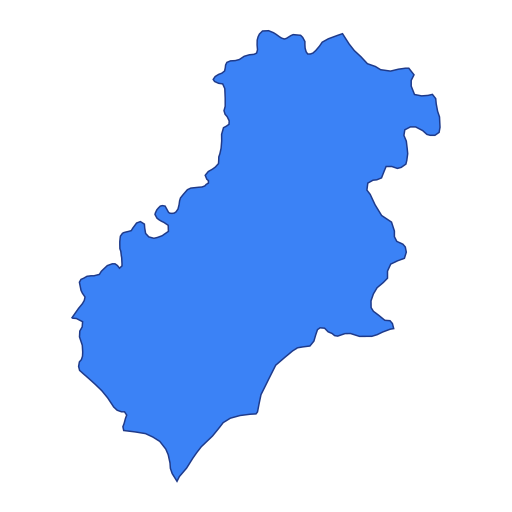 Lyakhavichy, Brest, Belarus
{"feature_id": "67162791B80813457147779", "entity_name": "Lyakhavichy", "entity_type": "district", "adm_level": 2, "iso_a3": "BLR", "parent_name": "Belarus", "parent_adm1": "Brest", "projection": "albers", "projection_center": [26.164, 52.904], "detail": "fine", "context": "isolated", "style": "filled", "palette": "blue", "viewbox_px": 512, "rotation_deg": 0, "n_neighbors": 0, "source": "geoboundaries", "source_scale": "gbopen_adm2", "svg_char_len": 3645}
<svg xmlns="http://www.w3.org/2000/svg" viewBox="0 0 512 512"><path d="M393.7,328.6L392.4,323.5L390.0,320.7L384.8,320.3L379.1,315.6L373.4,311.3L371.1,307.6L371.0,300.9L373.4,293.9L377.1,287.7L383.3,282.5L387.5,278.2L387.5,271.1L390.7,264.1L397.8,260.7L404.4,258.3L406.3,252.2L405.3,247.0L402.9,244.2L396.8,241.4L394.4,236.7L394.4,231.0L391.5,222.1L381.6,215.5L375.0,204.7L370.2,194.4L366.9,190.1L367.8,183.1L373.0,180.2L376.8,179.8L381.5,177.9L384.3,170.8L386.1,166.5L391.8,166.5L397.4,168.4L401.2,167.4L405.9,164.1L406.8,160.3L407.7,153.7L407.2,148.6L406.3,141.1L403.9,135.4L404.8,129.8L410.4,126.9L415.6,126.9L422.7,130.6L426.9,134.4L430.2,135.3L434.9,135.3L439.1,132.4L440.0,127.3L439.5,116.9L437.6,111.3L436.2,103.8L435.7,98.6L432.4,94.4L428.1,95.4L421.6,95.9L414.5,94.5L411.2,86.1L411.2,80.4L414.0,74.8L408.8,68.2L406.4,68.2L405.5,68.2L398.4,69.2L390.5,71.1L380.6,69.7L375.4,66.5L367.4,63.7L360.9,56.7L354.3,50.6L349.1,44.0L342.5,33.7L337.5,35.4L328.3,38.8L322.2,42.2L319.6,46.0L315.8,50.5L312.9,53.1L310.3,54.0L307.7,54.0L306.1,51.7L305.1,48.1L304.9,44.6L304.9,41.5L302.7,37.4L300.6,35.3L293.2,34.6L290.9,35.6L286.4,38.4L284.3,39.0L281.6,38.1L279.5,36.8L276.2,34.4L273.5,32.7L268.6,30.7L262.5,31.0L259.4,34.1L258.1,36.8L257.2,40.1L257.1,45.0L257.5,49.8L256.6,53.1L254.1,54.3L249.3,54.8L244.2,56.3L239.4,59.5L235.3,60.6L230.4,60.9L226.9,62.4L225.6,65.0L225.3,67.7L224.6,71.0L221.8,73.2L218.6,74.4L215.2,76.5L213.2,79.4L214.6,81.5L218.6,83.3L222.7,83.9L224.8,88.6L225.2,98.1L225.2,106.3L224.0,110.7L225.1,114.3L227.2,116.7L229.2,120.9L229.0,124.3L226.3,126.2L223.5,127.7L221.6,134.4L221.7,140.9L221.1,148.2L219.9,153.7L218.8,156.9L218.7,160.4L218.5,163.6L215.3,167.1L212.4,169.2L208.3,171.5L205.2,175.3L206.8,179.2L208.4,180.6L208.4,183.1L206.2,184.4L204.9,185.9L202.0,187.0L198.2,187.3L190.8,188.1L187.4,189.7L183.4,194.3L180.5,197.9L179.6,200.8L179.1,204.6L178.0,209.0L176.0,211.9L174.2,213.1L172.0,213.4L169.7,213.2L168.5,212.3L167.3,210.1L166.7,209.0L165.1,206.1L162.4,205.6L160.3,206.1L158.4,208.0L156.8,209.9L155.3,213.1L155.0,214.5L157.0,218.2L158.9,219.7L161.4,221.2L163.9,222.4L168.2,225.3L168.4,231.4L162.0,235.8L157.3,237.5L153.9,238.3L148.8,236.9L145.6,233.4L144.7,228.0L144.4,224.1L140.4,221.6L136.6,223.0L132.8,228.1L131.3,230.6L129.0,231.3L125.6,232.1L123.5,232.7L122.4,233.4L120.4,236.2L120.1,238.5L119.8,241.7L119.8,244.6L119.9,248.7L120.8,251.3L121.3,255.6L121.7,257.8L122.0,263.6L122.0,265.9L119.5,268.2L117.4,265.5L115.0,263.8L112.3,263.8L107.3,265.6L104.0,268.7L101.3,271.3L99.4,274.4L93.9,275.8L91.1,275.8L87.0,276.3L83.7,278.2L81.0,279.4L79.4,282.2L81.0,290.3L82.4,293.2L85.0,297.0L84.3,300.4L82.4,303.7L78.6,308.3L72.0,317.7L72.7,318.2L76.4,318.5L82.6,321.7L82.2,326.9L79.8,331.1L79.5,336.9L82.3,345.3L82.7,352.1L82.5,356.2L81.4,359.6L79.4,361.9L78.6,366.4L79.6,370.4L83.6,374.0L88.0,377.8L95.2,384.3L101.8,390.7L107.7,397.9L113.7,407.0L117.1,410.2L121.5,411.8L124.5,411.8L126.7,415.1L125.5,418.3L124.1,423.5L122.9,426.7L123.7,430.5L135.1,431.9L145.5,433.6L152.8,437.0L159.8,441.4L165.8,449.1L168.2,454.7L170.0,462.9L170.4,468.4L172.2,473.6L177.0,481.3L179.4,476.5L186.6,468.1L192.8,458.2L196.8,452.5L201.3,446.7L212.5,436.0L218.3,428.9L223.2,422.6L230.3,418.2L240.1,415.5L250.4,414.2L256.0,413.9L257.5,411.9L259.3,402.6L261.0,394.6L265.0,386.6L269.0,378.5L275.7,365.2L285.0,357.2L292.6,350.9L297.5,347.8L302.8,346.9L309.9,346.0L313.9,341.1L315.7,334.9L317.5,329.6L320.1,327.8L324.6,328.2L328.1,331.8L332.1,333.5L334.6,335.6L337.7,336.1L341.2,334.9L345.0,333.6L350.5,333.5L355.5,335.1L359.6,336.4L371.8,336.3L377.1,334.7L382.7,332.0L390.2,329.2L393.7,328.6Z" fill="#3b82f6" stroke="#1e3a8a" stroke-width="1.5"/></svg>